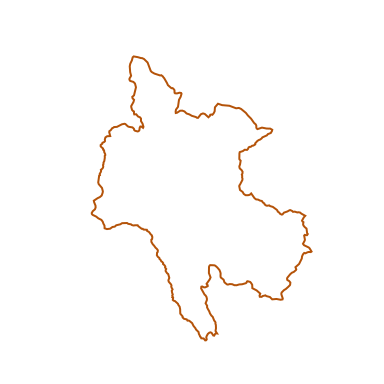 outline of Uberaba, Minas Gerais, Brazil, rotated 164°
{"feature_id": "56859067B69466182711417", "entity_name": "Uberaba", "entity_type": "district", "adm_level": 2, "iso_a3": "BRA", "parent_name": "Brazil", "parent_adm1": "Minas Gerais", "projection": "orthographic", "projection_center": [-47.989, -19.605], "detail": "fine", "context": "isolated", "style": "outline", "palette": "amber", "viewbox_px": 384, "rotation_deg": 164, "n_neighbors": 0, "source": "geoboundaries", "source_scale": "gbopen_adm2", "svg_char_len": 6004}
<svg xmlns="http://www.w3.org/2000/svg" viewBox="0 0 384 384"><g transform="rotate(164 192 192)"><path d="M189.3,312.7L190.5,312.8L195.5,316.2L197.7,318.5L198.3,319.8L199.0,328.7L201.5,333.1L203.0,334.4L204.3,334.9L207.0,336.6L210.7,338.4L211.9,337.8L213.5,335.1L216.0,332.3L217.2,330.0L218.4,324.2L218.5,320.5L220.8,318.3L221.2,317.2L220.8,315.8L218.0,314.0L216.9,312.0L217.0,308.1L221.1,300.9L223.2,299.9L223.3,298.4L222.3,296.6L223.4,294.7L226.8,291.3L227.0,290.2L227.0,287.4L226.4,286.2L225.6,285.4L226.1,283.6L226.1,282.5L224.2,282.1L223.1,279.5L221.3,278.0L220.8,276.6L221.5,274.2L220.7,271.4L220.7,268.0L221.4,267.2L222.7,268.9L223.6,269.2L224.5,268.3L225.7,265.7L226.7,265.2L227.6,265.2L229.9,266.6L230.5,267.6L230.4,268.8L231.4,270.5L234.6,272.0L235.6,272.8L237.3,275.7L238.1,276.2L240.7,276.4L246.2,275.3L249.0,275.9L249.8,275.5L251.0,275.4L253.1,273.8L254.6,273.3L255.1,272.3L255.2,268.3L258.2,269.0L260.2,268.3L261.3,266.5L261.6,264.9L262.5,264.3L264.5,264.0L265.0,263.1L266.8,262.4L267.2,261.3L266.8,260.2L265.5,258.3L265.8,257.2L265.2,256.7L265.1,255.6L265.4,254.7L265.0,252.3L265.2,251.3L265.9,250.8L266.4,248.9L267.8,245.9L268.9,244.8L269.5,243.1L270.1,242.5L270.3,240.9L270.8,240.0L271.7,239.2L273.5,238.4L273.5,237.4L274.2,236.3L275.7,234.9L275.8,233.6L276.7,233.4L279.5,227.1L279.5,225.3L277.4,220.7L277.5,217.2L278.1,215.9L279.8,213.5L282.0,212.5L284.4,212.1L288.8,210.7L288.9,209.2L288.5,205.5L288.9,203.7L290.1,202.1L292.7,200.9L294.2,199.4L294.3,198.4L293.8,197.4L290.8,194.7L289.4,192.6L286.8,190.2L286.0,188.1L285.9,186.0L285.4,183.9L286.0,181.2L284.0,179.8L280.8,179.3L278.1,180.3L275.8,180.0L274.0,180.9L269.8,180.7L267.8,181.3L263.0,180.1L262.1,179.0L259.5,177.7L259.0,176.9L258.1,176.3L257.1,175.8L256.1,175.8L253.4,175.0L253.1,174.0L250.5,170.5L249.5,170.2L249.0,169.3L245.8,168.1L245.9,167.0L244.5,165.6L244.0,164.6L243.4,162.8L242.5,161.3L242.7,160.5L242.5,159.7L243.3,157.8L244.2,157.4L244.8,155.3L244.1,152.5L243.3,151.0L242.4,148.5L241.5,147.1L240.9,145.4L241.5,143.8L242.3,143.3L243.2,140.9L242.7,139.1L241.6,137.7L241.7,136.6L241.0,135.6L240.6,133.7L239.9,133.1L239.3,131.6L239.7,130.8L238.6,129.1L238.2,127.8L238.7,126.8L238.0,125.1L238.9,124.2L239.1,123.1L238.3,120.7L237.5,119.7L237.5,115.7L239.0,113.7L239.1,112.2L237.6,108.9L237.5,107.8L238.0,106.8L238.0,105.7L237.5,103.8L238.7,102.6L238.9,100.1L238.7,98.9L239.5,98.0L239.3,97.0L240.0,96.3L239.3,95.5L240.2,93.6L239.7,92.7L238.4,91.8L236.3,88.4L236.3,87.5L235.5,85.2L235.7,82.6L236.8,78.3L235.3,74.9L235.6,74.0L234.6,72.3L232.2,71.0L231.8,69.6L230.7,69.4L230.0,68.8L228.0,65.9L227.5,63.0L226.2,59.9L226.1,58.8L224.3,55.6L224.5,53.8L224.1,51.8L224.1,50.8L223.6,50.1L223.4,48.8L221.2,48.0L220.2,45.7L219.3,45.6L218.5,46.2L218.3,48.5L217.4,49.7L215.9,51.2L214.1,52.0L212.9,52.0L212.0,51.2L211.1,48.2L210.3,47.8L208.9,49.2L208.1,49.6L206.9,49.1L207.7,51.9L206.5,54.4L205.7,57.7L205.8,58.9L205.4,59.9L205.5,61.0L206.1,62.2L206.5,66.2L207.5,68.0L208.2,70.4L208.3,72.4L209.1,75.7L209.3,77.2L208.8,78.4L209.6,81.3L207.5,84.0L207.1,85.1L207.0,87.1L207.5,88.9L208.2,89.9L209.8,96.8L209.1,98.4L208.3,98.4L206.7,97.0L205.6,96.7L202.9,97.1L202.6,98.1L203.1,98.7L203.3,99.7L199.1,103.1L197.7,104.8L198.1,109.4L196.3,115.3L195.6,116.2L194.7,116.7L190.8,115.4L189.9,114.7L188.5,112.5L187.1,109.4L186.9,107.5L186.9,106.0L187.8,103.2L187.9,101.9L185.8,99.0L185.7,96.2L183.9,93.6L183.0,93.1L181.1,93.1L178.8,92.3L176.9,90.7L174.9,90.1L172.0,90.1L169.3,89.5L165.3,89.5L164.4,90.0L163.9,90.8L163.1,90.9L160.9,89.5L160.4,88.6L159.7,86.3L160.5,82.9L157.0,79.6L154.4,75.5L155.6,73.9L155.7,72.6L153.9,72.0L152.9,72.5L149.9,72.4L149.3,71.5L146.1,69.6L144.5,66.7L140.3,65.9L136.5,64.0L134.6,63.8L134.1,64.6L134.3,68.9L134.1,69.8L133.5,70.7L130.7,72.3L128.5,72.9L125.8,74.2L123.6,75.4L123.0,76.3L122.4,77.9L123.2,79.7L124.6,81.1L124.6,82.3L124.0,83.3L120.1,86.0L118.1,86.9L116.2,87.1L113.6,88.3L113.1,88.9L113.3,91.2L108.9,93.3L104.8,97.8L104.0,99.7L102.6,101.4L101.7,102.0L100.9,102.5L99.9,101.8L97.7,102.2L96.4,102.2L94.4,101.5L93.5,101.8L94.5,105.5L95.1,106.5L99.0,110.0L99.6,111.6L97.0,114.3L96.6,115.1L96.2,119.2L95.4,119.7L94.4,119.1L93.3,118.8L92.3,119.7L92.7,120.6L92.0,125.3L93.3,127.2L94.1,129.1L94.1,130.4L93.2,132.3L94.0,133.3L94.1,134.2L91.5,136.8L89.7,137.9L92.8,141.0L93.8,142.5L95.6,143.3L96.4,143.3L98.6,144.8L100.4,145.1L100.9,146.1L102.5,147.5L103.2,147.6L105.6,147.0L109.3,146.8L111.2,145.5L112.1,145.6L113.5,147.0L113.7,148.0L115.0,149.6L115.0,150.6L115.4,151.5L118.4,155.4L120.9,157.0L121.4,157.8L123.6,158.1L124.4,158.5L125.6,160.0L125.6,161.0L126.8,162.5L127.3,164.1L129.0,165.0L130.6,166.5L132.4,167.2L133.6,168.8L135.5,174.3L137.0,173.5L138.0,173.4L139.1,173.5L141.4,174.2L142.8,175.9L143.3,178.1L145.3,180.7L145.0,184.6L144.6,185.3L143.9,185.8L140.3,189.6L139.8,190.8L139.8,192.4L139.3,193.5L139.3,195.1L138.5,195.7L137.8,197.5L138.3,199.4L139.6,201.5L139.6,202.7L139.4,203.7L138.3,205.1L136.6,208.7L137.4,210.3L137.2,211.4L135.7,216.2L135.1,217.2L131.9,217.3L129.7,218.1L127.5,217.3L126.5,217.8L125.2,219.3L124.2,219.5L123.2,219.2L121.4,219.9L120.2,219.7L118.1,220.3L117.9,221.3L115.0,223.1L113.2,223.6L112.2,223.6L110.3,224.3L109.3,225.1L104.4,225.8L103.2,226.7L100.0,227.0L98.3,228.6L97.7,229.7L99.4,231.4L102.7,232.4L107.0,234.6L111.7,234.4L112.3,235.2L112.4,236.2L111.9,238.1L112.1,239.4L113.3,241.3L115.0,246.2L117.2,250.2L118.4,253.2L121.9,258.3L123.8,259.9L126.5,260.3L132.3,264.6L139.1,267.2L142.7,269.7L146.6,267.1L148.0,263.3L149.5,261.7L151.1,260.6L152.1,261.2L153.2,261.2L153.6,260.4L155.6,259.3L158.2,263.5L159.8,264.5L162.0,264.3L165.8,261.6L166.8,262.0L167.6,263.0L171.2,265.3L173.1,267.3L175.6,269.0L177.0,271.5L178.9,272.9L181.0,273.4L184.6,272.3L185.8,272.4L185.6,273.7L184.7,275.6L182.0,277.7L179.1,284.2L176.7,286.6L175.0,289.3L175.1,290.1L175.8,290.5L176.7,290.9L179.2,290.9L181.0,291.5L181.4,292.2L180.8,294.7L181.1,295.7L182.0,297.2L183.0,297.4L183.6,298.1L185.7,301.4L186.0,303.6L187.4,309.2L187.9,310.1L188.1,311.0L189.3,312.7Z" fill="none" stroke="#b45309" stroke-width="2"/></g></svg>